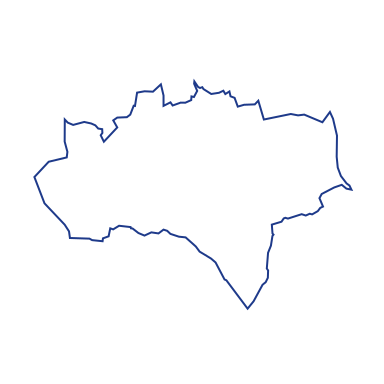 outline of Tallaght South Lea-5, South Dublin, Ireland, rotated 276°
{"feature_id": "5873133B83061459918127", "entity_name": "Tallaght South Lea-5", "entity_type": "district", "adm_level": 2, "iso_a3": "IRL", "parent_name": "Ireland", "parent_adm1": "South Dublin", "projection": "natural_earth1", "projection_center": [-6.402, 53.257], "detail": "fine", "context": "isolated", "style": "outline", "palette": "blue", "viewbox_px": 384, "rotation_deg": 276, "n_neighbors": 0, "source": "geoboundaries", "source_scale": "gbopen_adm2", "svg_char_len": 1677}
<svg xmlns="http://www.w3.org/2000/svg" viewBox="0 0 384 384"><g transform="rotate(276 192 192)"><path d="M190.4,33.7L165.3,46.5L146.2,68.8L140.0,73.8L133.5,75.4L134.9,94.9L133.7,97.7L133.7,108.2L136.6,108.3L139.2,113.7L147.3,114.5L146.6,117.5L150.8,123.0L150.7,134.6L149.5,135.1L149.5,136.7L145.6,143.0L143.7,149.3L147.6,155.8L147.3,163.0L151.6,167.6L150.8,171.4L148.1,174.9L146.2,183.6L146.2,190.4L138.2,201.5L133.5,205.8L127.8,217.9L124.4,222.8L108.4,233.5L107.8,235.4L81.8,259.5L89.8,264.7L107.2,271.9L110.0,274.7L114.6,276.4L121.9,275.9L123.7,274.4L139.5,274.0L146.9,276.1L156.7,276.6L158.1,277.5L159.1,276.4L167.9,274.8L171.8,284.1L175.3,286.0L176.1,287.5L175.6,290.2L181.4,303.4L180.5,307.6L182.7,311.4L182.3,313.8L186.1,319.1L189.6,321.2L191.2,323.8L199.2,319.4L203.6,321.2L211.4,333.0L214.8,340.2L211.5,345.2L211.0,350.3L214.9,347.9L216.7,344.8L223.5,338.4L231.5,334.4L242.2,332.2L263.2,330.3L279.6,324.6L286.0,320.8L275.0,314.4L280.7,295.5L279.3,289.5L279.9,282.1L271.6,255.9L289.7,248.4L285.7,245.3L284.2,234.7L281.7,228.6L290.1,224.5L291.2,220.3L295.9,218.7L292.9,214.9L296.0,212.6L293.5,208.5L291.5,200.9L295.6,192.6L297.3,191.3L296.3,189.1L297.1,187.1L302.2,182.8L299.9,182.8L293.1,186.6L286.7,184.0L287.0,181.5L283.3,181.6L280.1,176.0L279.7,171.4L276.0,163.7L278.9,161.2L274.7,154.7L285.0,153.6L295.8,149.8L287.7,142.7L287.2,134.3L285.1,127.0L271.6,126.3L271.7,125.0L262.5,122.5L259.6,119.4L258.2,109.9L255.0,106.2L248.4,110.9L232.8,99.1L238.9,95.3L241.4,96.7L245.1,96.1L245.3,92.1L248.2,88.9L249.6,84.6L250.4,77.5L246.3,66.8L248.0,61.2L250.8,57.9L228.8,60.1L218.9,63.9L213.3,63.8L207.1,46.3L190.4,33.7Z" fill="none" stroke="#1e3a8a" stroke-width="2"/></g></svg>